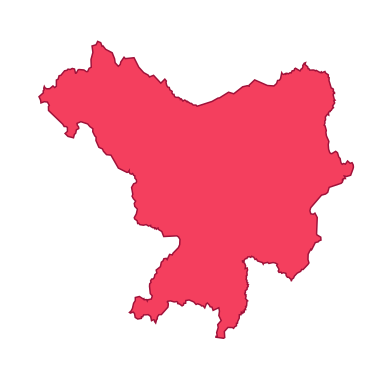 the district of Bolivar, Manabi, Ecuador, rotated 4°
{"feature_id": "8360857B59948244226228", "entity_name": "Bolivar", "entity_type": "district", "adm_level": 2, "iso_a3": "ECU", "parent_name": "Ecuador", "parent_adm1": "Manabi", "projection": "equal_earth", "projection_center": [-80.053, -0.927], "detail": "fine", "context": "isolated", "style": "filled", "palette": "rose", "viewbox_px": 384, "rotation_deg": 4, "n_neighbors": 0, "source": "geoboundaries", "source_scale": "gbopen_adm2", "svg_char_len": 5961}
<svg xmlns="http://www.w3.org/2000/svg" viewBox="0 0 384 384"><g transform="rotate(4 192 192)"><path d="M296.2,55.1L295.0,55.7L293.7,58.0L293.9,59.4L293.2,61.3L292.4,61.6L291.3,63.7L286.6,61.3L285.8,61.9L285.3,63.8L283.5,64.1L282.5,66.3L281.5,66.2L279.8,67.4L278.3,66.9L277.4,67.9L277.0,67.3L275.3,68.3L274.0,68.0L273.2,66.8L272.4,72.8L271.4,74.4L269.6,74.8L268.8,77.9L266.3,80.5L259.8,80.5L246.7,75.8L241.5,81.5L241.6,82.4L239.8,82.1L235.2,83.5L226.8,91.1L221.5,89.9L212.9,96.2L211.4,96.5L205.6,100.3L191.1,106.1L189.9,105.0L187.2,105.2L185.3,103.7L184.1,103.7L181.0,101.9L180.7,102.4L179.2,101.1L178.1,100.8L176.6,101.9L174.8,99.9L174.0,100.4L173.9,99.8L171.9,98.5L169.3,98.7L167.9,98.0L167.2,95.9L166.3,96.0L165.1,94.7L165.2,93.0L162.8,91.6L162.0,89.3L160.4,89.0L159.3,87.4L158.4,84.4L158.7,83.1L157.0,81.3L153.3,85.6L145.5,78.3L141.5,80.2L140.2,78.5L135.5,76.3L130.2,71.2L124.8,62.1L116.1,63.6L114.8,62.3L111.9,67.2L111.5,69.8L109.7,71.7L106.3,68.4L105.5,64.6L102.7,58.7L95.9,55.7L93.0,52.5L92.1,52.9L90.5,49.4L87.4,48.3L86.0,51.8L82.1,53.3L83.4,59.7L82.0,66.8L82.8,74.5L80.7,75.9L79.5,79.1L78.2,79.3L75.7,77.8L70.7,77.7L69.8,78.2L68.3,81.4L67.5,81.6L66.2,77.5L63.9,77.1L62.0,78.3L59.7,78.1L58.8,79.3L56.4,80.0L53.1,84.7L51.3,85.3L50.6,88.7L48.9,89.8L49.3,95.9L47.8,97.4L45.9,95.9L42.9,98.8L39.9,99.2L38.1,98.3L37.3,97.0L36.9,98.8L37.3,100.2L36.5,101.5L36.8,103.4L32.7,107.6L34.5,110.8L35.1,113.7L38.4,112.2L41.5,112.4L43.6,115.5L42.8,116.8L43.2,120.7L58.3,133.3L59.9,135.6L61.9,135.5L63.2,136.3L63.5,140.2L61.3,142.5L64.4,145.2L70.0,146.2L70.6,142.9L71.9,141.4L72.3,138.1L74.6,136.6L74.4,135.1L72.9,133.3L72.5,131.6L76.2,129.6L83.2,131.4L85.6,133.9L88.7,135.8L88.8,138.8L91.1,142.8L92.5,144.0L92.6,147.4L96.0,153.9L99.7,155.3L100.8,157.5L104.1,160.7L108.6,160.9L116.9,173.3L125.8,177.0L126.8,176.7L127.8,175.1L127.8,176.5L129.0,178.1L130.6,178.4L131.5,177.7L132.6,179.4L133.8,179.9L134.1,182.3L135.6,183.6L136.0,185.7L135.5,186.8L133.2,187.9L131.4,191.7L133.1,198.4L132.5,200.4L134.0,202.8L136.4,205.0L135.2,207.4L135.9,210.3L138.7,212.9L138.0,217.7L136.2,221.6L136.7,222.9L139.3,224.5L140.0,227.2L140.9,226.9L142.3,228.2L145.9,228.5L148.6,227.7L151.0,229.0L153.1,228.2L153.3,229.3L155.6,230.4L157.0,230.2L157.5,231.2L158.3,230.5L159.1,231.6L160.6,230.3L161.2,231.7L164.6,233.5L166.9,238.4L179.9,236.8L181.7,237.8L183.3,240.1L183.4,245.4L182.3,248.5L177.4,254.3L176.7,256.1L174.0,255.8L171.9,261.2L170.9,260.0L168.6,260.5L167.9,262.7L166.3,264.2L165.7,268.7L161.7,272.4L162.6,275.3L160.7,277.1L160.3,280.1L159.0,281.6L157.8,281.7L156.9,283.5L157.4,285.0L156.2,286.6L156.2,289.1L157.5,296.3L159.6,298.4L158.9,301.6L155.4,302.6L155.0,303.8L154.3,302.5L151.8,302.8L151.4,301.7L150.8,302.1L146.8,299.9L142.8,301.2L143.0,304.3L141.5,307.1L140.7,312.3L139.6,314.9L138.0,316.5L139.0,317.1L141.7,315.9L143.1,317.2L144.1,321.1L146.7,322.5L150.3,321.6L150.3,320.0L151.5,319.9L152.3,318.0L156.9,317.4L159.4,319.0L160.6,323.2L162.6,322.1L163.6,322.5L163.7,323.8L164.9,325.2L165.6,321.6L166.2,321.1L166.2,319.0L167.5,316.7L170.0,316.4L176.0,308.6L176.2,306.2L176.0,304.5L175.0,303.4L175.4,302.7L178.1,302.1L181.9,302.9L184.5,302.4L185.5,303.1L185.5,304.3L187.4,304.6L190.0,306.3L191.3,305.4L191.7,303.6L193.4,303.4L193.4,300.7L196.7,299.9L201.4,301.5L203.9,303.9L205.5,303.1L208.6,304.1L209.4,305.0L211.0,304.8L212.8,306.7L214.1,302.5L215.1,301.7L217.2,303.6L218.1,305.2L220.0,305.5L221.3,308.6L226.8,305.6L227.7,308.9L227.4,313.4L230.1,318.2L226.9,322.5L227.6,325.4L226.4,330.5L227.2,333.9L226.0,334.3L226.0,335.2L233.7,335.7L234.8,334.9L234.0,328.9L237.3,324.6L241.7,324.4L243.0,325.1L243.8,323.6L245.7,322.3L245.5,319.9L246.5,319.7L246.6,317.8L247.9,314.7L247.8,311.1L249.4,311.0L249.6,308.6L250.5,309.6L251.2,308.6L251.7,309.5L251.4,307.6L252.5,307.9L252.4,306.0L253.7,305.6L253.2,304.7L254.0,303.1L253.5,302.4L254.4,301.8L254.4,297.1L255.1,296.7L252.8,294.6L253.2,292.2L252.6,291.5L253.1,290.9L251.9,290.3L251.6,289.3L252.3,288.9L252.1,286.7L253.7,285.3L253.7,283.4L254.6,282.4L254.2,281.7L254.7,280.5L253.6,280.2L253.9,278.5L252.9,277.9L253.0,276.2L252.1,275.6L252.3,272.8L251.9,272.1L252.8,271.1L252.3,268.0L252.9,265.9L252.3,263.9L250.4,264.7L250.6,261.8L249.3,259.2L247.3,258.2L247.2,257.2L248.8,257.3L248.7,256.5L250.0,254.7L251.4,254.5L252.0,253.0L253.7,252.5L255.2,253.1L255.9,252.0L258.2,252.8L259.6,254.9L260.9,254.4L262.2,256.2L267.2,257.5L268.1,259.0L268.5,258.1L272.4,256.9L273.7,257.9L277.8,256.7L280.0,257.0L282.3,258.1L281.6,259.3L283.8,262.4L284.1,263.4L283.5,264.8L284.4,266.1L286.5,265.8L287.2,266.8L288.9,266.1L291.3,266.6L291.8,268.9L293.1,270.4L294.6,270.4L296.8,272.3L297.3,274.1L297.8,272.0L299.3,270.8L300.0,268.8L302.6,265.6L305.9,263.6L306.8,261.6L308.2,261.6L312.6,256.3L313.6,254.6L312.4,251.3L312.2,246.0L313.2,243.5L314.6,240.7L315.2,241.4L315.6,240.8L318.5,233.9L321.4,232.9L322.3,231.7L324.0,231.0L323.6,228.1L319.6,226.0L319.2,225.1L318.7,208.7L316.1,204.5L314.5,205.8L312.0,205.4L310.9,202.5L311.5,199.4L321.4,186.1L325.4,184.7L327.4,182.9L328.5,177.8L340.2,172.9L341.4,171.5L341.3,169.5L341.8,169.7L342.0,168.2L344.1,167.9L342.8,165.4L345.0,165.8L349.1,164.2L351.0,157.7L351.3,155.9L350.9,153.7L349.6,151.6L347.8,152.4L345.0,150.2L343.1,153.5L341.2,153.0L339.9,153.9L338.5,152.3L337.4,148.2L336.0,146.9L334.4,142.7L332.5,141.4L328.9,143.9L327.8,144.0L326.6,143.0L325.3,139.8L324.6,135.3L325.0,132.0L322.2,126.7L321.4,123.2L321.7,121.3L320.1,116.7L319.2,116.2L319.8,113.9L319.5,112.0L320.2,110.7L319.8,107.8L321.6,105.0L323.0,105.7L322.6,103.2L323.0,102.6L324.2,102.1L324.1,101.4L325.2,100.8L326.6,98.2L327.8,98.1L327.0,97.8L326.3,96.3L328.1,93.2L327.1,91.2L328.3,90.4L327.5,89.8L326.0,85.2L326.4,83.6L327.3,83.7L327.2,82.7L325.8,81.8L326.0,80.3L325.4,79.1L323.6,78.5L320.9,71.3L320.8,68.3L319.9,67.9L319.8,65.6L316.9,63.9L316.2,62.5L313.2,64.0L312.6,63.1L311.7,64.0L307.4,62.0L306.7,62.5L305.0,61.8L300.9,62.2L300.0,60.8L299.2,60.8L298.7,59.1L295.8,56.9L296.2,55.1Z" fill="#f43f5e" stroke="#9f1239" stroke-width="1.5"/></g></svg>